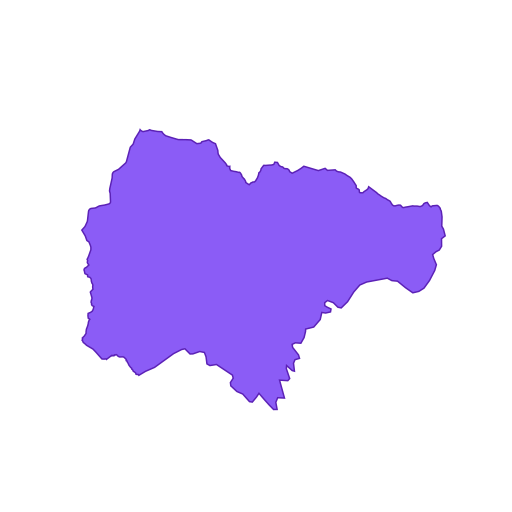 Mataojo, Salto, Uruguay (Albers equal-area conic projection), rotated 254°
{"feature_id": "84410073B62667740173321", "entity_name": "Mataojo", "entity_type": "district", "adm_level": 2, "iso_a3": "URY", "parent_name": "Uruguay", "parent_adm1": "Salto", "projection": "albers", "projection_center": [-56.339, -31.222], "detail": "fine", "context": "isolated", "style": "filled", "palette": "violet", "viewbox_px": 512, "rotation_deg": 254, "n_neighbors": 0, "source": "geoboundaries", "source_scale": "gbopen_adm2", "svg_char_len": 5669}
<svg xmlns="http://www.w3.org/2000/svg" viewBox="0 0 512 512"><g transform="rotate(254 256 256)"><path d="M102.7,234.0L109.9,234.7L113.8,237.8L111.6,244.2L130.2,244.4L127.4,252.2L128.9,254.6L139.4,254.1L142.3,255.2L135.9,259.2L134.7,261.2L142.6,262.5L145.6,264.9L145.6,269.6L149.2,269.6L158.1,266.0L161.1,266.4L161.7,269.9L159.8,275.1L164.3,279.7L169.6,282.7L172.1,283.6L171.8,291.9L177.2,300.2L183.6,303.7L182.0,307.2L181.7,312.2L184.4,313.5L187.2,310.3L189.3,308.4L192.2,309.2L193.5,312.5L189.8,317.5L184.2,320.6L182.6,323.6L186.8,331.4L194.5,340.1L199.5,347.8L200.5,355.2L198.5,376.1L194.9,379.8L192.8,385.1L184.3,391.0L177.4,396.6L177.1,402.8L178.8,408.6L184.6,416.0L192.8,423.8L197.9,427.0L204.6,426.2L208.7,426.2L210.5,430.2L211.2,433.8L214.2,437.1L221.5,439.1L223.2,443.4L230.1,443.6L233.5,442.8L242.3,445.6L247.6,446.4L248.5,446.4L249.8,446.1L251.1,446.2L252.2,445.8L253.8,445.0L254.7,444.1L255.6,439.3L255.0,437.8L256.6,436.6L260.3,435.4L260.4,433.3L260.1,431.9L259.1,430.7L258.5,429.6L258.3,428.4L258.3,427.3L259.5,424.8L259.9,423.6L260.3,422.0L261.0,420.4L261.2,418.4L261.5,415.3L261.8,413.0L261.8,412.2L261.9,411.0L262.4,410.2L263.8,409.5L265.0,408.9L265.4,408.0L265.7,406.8L265.8,405.1L265.8,403.6L266.3,402.2L267.4,401.2L270.3,400.3L271.5,400.1L272.8,399.0L273.9,397.8L275.6,396.5L276.4,395.3L277.7,394.0L279.4,392.5L280.6,391.6L281.9,390.4L283.8,389.3L291.5,383.4L289.9,382.3L289.1,380.8L288.1,377.6L287.3,376.1L288.1,373.5L288.8,373.0L289.8,373.2L291.2,373.4L292.3,372.6L293.0,371.7L293.8,371.1L296.1,371.7L298.0,371.1L300.1,370.5L303.6,369.3L305.6,368.2L308.5,365.5L310.3,364.1L313.4,360.4L314.2,358.4L315.4,356.8L317.0,355.9L318.6,348.3L321.2,346.6L320.9,339.5L329.1,326.7L327.9,323.7L326.7,319.7L325.6,313.6L327.8,311.6L329.3,311.5L330.4,310.9L331.3,310.0L332.1,307.7L332.8,306.9L333.9,306.4L334.5,305.8L334.9,304.8L336.6,303.2L340.0,302.4L341.0,299.9L339.4,298.6L339.1,298.2L339.2,295.6L339.6,294.2L340.5,289.8L341.0,288.6L341.0,288.4L338.5,285.0L337.0,284.2L335.9,283.2L335.1,281.6L334.1,281.2L332.6,280.3L330.6,278.8L328.9,276.9L328.5,276.6L327.6,275.0L328.0,273.3L327.7,272.6L327.8,271.6L326.4,269.1L327.5,268.1L329.5,266.4L330.3,266.6L330.5,266.6L333.3,266.0L333.7,265.5L334.2,265.4L336.1,264.5L336.4,264.4L337.5,264.5L337.8,264.5L339.7,264.0L340.4,263.7L340.9,263.4L341.0,263.3L341.2,262.3L342.6,260.0L343.5,258.0L345.1,255.2L345.3,255.1L346.4,255.1L347.1,254.8L349.4,255.5L349.4,255.4L349.7,254.3L350.8,252.8L351.1,252.7L352.0,252.9L353.1,252.4L354.0,252.1L360.5,248.8L364.2,247.8L365.6,247.9L368.1,248.4L371.3,248.2L375.1,248.0L377.1,245.6L378.6,244.3L380.6,242.7L380.8,242.1L380.7,241.3L380.6,239.9L380.8,235.5L379.8,234.2L379.7,233.6L380.3,230.1L385.0,226.0L385.4,225.6L385.6,225.2L387.1,220.8L389.3,213.4L390.1,212.1L393.4,206.9L396.5,202.3L398.3,201.0L399.7,200.3L401.2,199.8L401.5,199.7L402.8,195.8L405.6,189.9L406.1,189.4L406.7,188.4L406.3,187.1L406.7,181.9L406.8,181.6L407.0,181.2L407.4,180.8L408.8,179.6L409.3,179.4L408.7,179.0L408.1,178.6L401.9,171.8L397.9,169.1L397.3,168.6L395.3,165.3L394.8,164.9L382.5,157.5L381.8,156.9L381.3,156.3L378.8,151.1L377.2,147.8L376.3,143.0L376.1,142.3L375.6,141.5L375.0,141.0L374.4,140.5L370.6,139.2L361.4,134.2L359.1,133.2L358.4,133.1L356.4,133.1L348.2,131.1L347.7,130.9L347.2,130.4L346.8,129.8L346.7,129.5L346.6,128.8L346.7,124.4L347.1,121.4L347.3,119.3L347.2,118.5L346.5,115.3L346.5,114.4L347.1,111.0L347.2,110.5L347.1,110.1L347.0,109.4L346.8,108.9L346.3,108.3L345.9,107.8L345.0,107.3L336.8,103.9L336.2,103.6L335.6,103.3L332.3,100.5L331.4,99.6L331.1,99.2L328.9,95.7L322.4,97.4L317.5,97.7L315.6,99.3L311.9,99.7L309.9,99.7L307.5,99.0L304.7,97.0L301.9,95.0L300.0,93.4L299.7,93.0L299.4,92.9L299.2,92.7L298.7,92.8L298.4,92.9L298.0,92.9L297.9,92.9L297.1,92.4L296.0,92.0L293.4,92.8L291.8,89.8L291.7,89.6L291.8,89.3L291.8,89.1L291.3,87.7L290.3,87.0L290.0,86.8L289.1,86.9L286.5,86.7L286.1,86.8L284.3,88.9L282.5,88.5L281.3,90.4L279.9,91.1L278.6,91.1L277.4,90.8L275.2,90.8L274.0,91.2L272.8,91.1L271.7,90.6L270.5,90.3L269.0,90.1L267.5,87.5L267.0,86.8L266.5,86.8L261.2,86.8L260.1,86.5L258.8,85.6L258.6,85.6L258.4,85.5L258.2,85.2L256.9,84.7L255.6,84.9L254.9,84.6L254.3,84.6L253.4,84.9L252.6,85.8L252.2,86.3L250.5,85.3L249.7,84.9L248.0,83.3L247.4,81.3L247.1,78.8L244.9,78.0L242.4,77.6L241.5,78.6L240.9,78.8L240.4,78.0L238.8,76.8L238.5,76.6L237.6,76.3L235.5,75.1L234.5,74.4L232.4,72.8L230.1,71.8L228.4,71.3L227.6,70.3L226.3,68.8L225.8,67.8L225.0,66.4L224.2,66.6L223.1,65.7L222.8,65.6L222.4,65.9L222.2,66.0L221.7,66.0L221.2,66.1L220.6,66.1L218.0,67.9L217.0,68.4L211.5,73.6L208.3,75.3L207.3,75.8L199.5,79.5L199.0,80.8L198.5,82.8L198.5,83.4L198.2,83.9L197.9,83.9L200.0,89.4L199.9,89.6L200.0,89.7L199.9,89.8L199.8,90.1L199.7,90.1L199.7,90.4L199.7,90.5L199.7,90.8L199.8,90.8L199.6,91.1L199.6,91.3L199.6,91.5L199.4,91.7L199.5,91.8L199.6,92.0L199.4,92.2L199.5,92.3L199.6,92.5L199.6,92.8L199.6,93.0L199.8,93.0L199.6,93.4L199.8,93.9L199.6,94.8L198.4,95.3L197.3,96.1L196.5,97.2L195.9,99.8L195.4,100.9L194.6,101.5L192.3,102.8L191.7,102.4L190.9,102.5L190.6,103.1L189.3,103.1L187.8,103.6L187.0,103.6L186.0,103.8L183.2,104.9L182.5,105.5L181.5,105.4L180.9,105.9L179.9,106.2L178.9,106.3L178.1,107.2L177.6,107.5L176.7,108.1L176.2,108.1L175.9,108.0L175.6,108.0L175.4,108.1L175.2,108.4L174.7,109.5L174.7,110.0L174.4,110.3L174.0,110.4L173.6,110.5L175.6,118.0L176.9,127.8L184.9,149.9L186.6,158.7L186.4,162.1L180.0,165.6L179.3,168.4L179.7,175.6L177.5,179.8L172.9,180.2L165.8,179.1L163.4,181.5L162.6,188.1L148.0,200.5L144.8,200.4L141.4,196.5L138.1,196.0L131.0,200.3L127.0,205.2L117.8,209.6L116.6,212.2L120.3,217.6L123.2,221.0L115.6,224.5L109.6,227.4L103.6,230.6L102.7,234.0Z" fill="#8b5cf6" stroke="#5b21b6" stroke-width="1.5"/></g></svg>